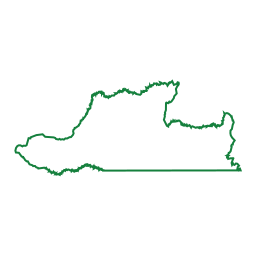 the district of Paná-paná (Campo Alegre), Guainía, Colombia
{"feature_id": "7082276B62655490891692", "entity_name": "Paná-paná (Campo Alegre)", "entity_type": "district", "adm_level": 2, "iso_a3": "COL", "parent_name": "Colombia", "parent_adm1": "Guainía", "projection": "robinson", "projection_center": [-69.293, 2.063], "detail": "fine", "context": "isolated", "style": "outline", "palette": "green", "viewbox_px": 256, "rotation_deg": 0, "n_neighbors": 0, "source": "geoboundaries", "source_scale": "gbopen_adm2", "svg_char_len": 5750}
<svg xmlns="http://www.w3.org/2000/svg" viewBox="0 0 256 256"><path d="M52.5,172.8L53.4,171.6L54.0,172.7L54.7,172.4L55.3,173.6L55.7,173.4L55.4,174.0L56.0,173.8L56.1,174.5L56.8,174.6L57.6,173.9L57.4,173.4L58.2,174.1L59.4,174.1L59.3,174.7L59.8,174.9L60.0,173.5L60.8,173.7L60.5,173.1L61.7,172.6L62.1,171.7L62.6,172.3L62.8,171.7L63.6,172.2L63.0,171.5L64.0,170.2L64.8,170.6L64.7,170.0L66.8,170.1L66.7,169.5L67.6,169.9L68.6,169.5L70.5,170.5L71.6,169.8L71.7,171.2L72.9,170.2L74.2,171.7L75.6,170.9L75.2,170.2L75.8,170.1L76.1,171.1L77.0,171.0L77.7,170.5L77.4,169.9L77.8,169.4L78.2,170.2L78.7,169.0L80.1,168.5L79.7,168.0L80.4,168.1L81.3,167.2L81.3,166.6L81.6,167.3L82.0,166.4L82.6,166.9L83.4,166.4L83.3,166.8L84.0,166.4L83.6,165.9L84.1,165.8L84.2,166.2L84.7,165.7L84.3,165.4L84.8,164.9L85.4,165.2L85.4,164.6L86.1,164.3L87.5,164.2L87.9,165.1L87.5,165.9L88.2,165.9L88.3,165.2L89.1,165.1L89.4,165.9L89.4,165.0L89.8,164.9L90.4,166.5L90.8,165.9L91.2,166.6L92.4,166.4L92.3,166.9L92.8,167.3L93.3,166.6L93.3,167.6L93.7,168.1L94.2,167.8L94.0,168.5L94.7,168.1L95.1,166.7L95.7,167.3L95.0,167.8L96.4,167.3L96.4,168.0L97.2,168.6L98.4,167.7L98.8,169.1L99.1,168.3L99.7,169.0L99.9,168.2L100.1,169.3L100.6,168.7L101.7,168.8L101.8,170.0L103.4,170.2L103.3,170.6L240.6,170.4L239.9,168.5L239.5,168.6L239.1,169.8L238.5,169.7L238.2,170.2L237.3,169.2L237.8,166.8L239.0,165.7L237.4,163.8L235.9,163.5L234.5,164.9L233.5,164.5L233.1,163.7L232.1,165.0L231.6,162.9L233.6,157.6L232.5,158.6L231.1,158.2L228.2,158.9L228.0,157.3L227.5,157.0L227.4,157.7L227.0,157.6L227.1,156.7L228.4,155.7L227.0,155.4L228.3,154.6L228.7,152.9L229.3,152.9L230.6,151.3L231.7,146.7L231.2,146.1L231.5,145.2L232.0,144.5L232.8,144.5L233.1,142.8L234.7,140.4L232.1,137.6L230.8,135.4L230.4,133.2L230.5,130.6L231.9,129.0L232.7,124.9L233.7,122.5L233.4,121.2L232.7,120.7L232.9,120.2L232.5,120.0L231.7,116.6L231.3,116.8L230.8,115.7L228.6,113.7L226.9,113.1L224.8,113.7L224.3,113.2L224.7,115.0L224.0,115.8L224.1,116.7L223.1,117.8L223.4,120.1L222.1,120.9L222.8,121.9L222.1,123.4L222.7,123.3L222.7,124.0L219.6,126.1L219.1,125.3L218.1,125.1L218.1,125.9L217.1,126.3L217.1,125.6L216.2,125.5L216.2,126.3L215.4,125.1L215.2,126.0L214.7,125.4L214.8,124.4L214.0,124.5L213.6,123.8L213.1,124.5L213.1,123.8L212.6,123.7L212.2,124.0L212.3,125.5L211.7,126.2L210.6,126.1L210.5,125.1L209.3,126.1L208.2,125.8L206.7,126.8L206.8,125.9L203.7,126.6L203.2,125.8L202.2,127.3L201.0,127.2L200.9,128.0L199.5,127.1L198.7,127.3L198.8,127.9L197.1,127.2L195.8,127.8L192.4,126.3L191.4,126.8L191.1,127.5L190.1,125.9L189.3,125.7L189.8,125.5L189.5,125.1L187.6,126.1L186.9,124.9L186.5,125.8L184.8,124.5L184.6,125.2L183.9,124.4L184.1,125.1L183.6,125.4L183.1,124.5L182.9,125.3L181.3,124.6L181.2,123.7L181.6,123.6L181.1,122.4L179.4,120.6L178.2,120.5L177.8,121.1L177.0,120.9L177.1,121.2L175.1,121.6L174.3,121.6L174.3,121.1L173.9,121.5L173.2,120.5L172.9,121.4L171.8,122.1L171.2,121.4L170.7,123.0L169.8,123.6L170.2,123.7L169.8,124.5L168.3,125.3L168.2,126.5L166.9,125.8L163.9,119.8L164.9,116.2L164.6,114.9L165.2,113.9L164.9,112.8L165.9,110.1L166.0,103.1L166.4,102.6L168.1,103.2L169.1,101.9L169.4,102.5L170.6,102.1L171.5,101.4L173.8,98.2L174.2,96.3L176.7,93.5L175.9,89.0L177.5,85.8L178.2,85.4L178.0,84.2L178.8,83.9L178.6,82.6L177.6,82.3L176.8,83.8L173.9,84.9L172.2,81.1L170.6,82.7L169.9,82.2L168.9,82.8L169.1,83.4L167.5,85.7L166.6,83.7L165.5,83.6L164.8,82.9L164.1,83.0L163.3,83.9L162.7,83.4L161.4,83.7L161.1,82.7L160.1,82.3L160.7,83.8L160.1,84.7L158.7,85.0L157.8,84.0L156.8,84.7L156.5,83.4L154.8,83.8L154.1,83.4L153.0,85.2L151.7,85.1L151.4,86.5L150.6,86.7L150.0,85.5L149.9,86.7L148.5,86.6L148.2,88.2L146.2,87.5L146.6,88.8L146.3,90.1L146.8,90.7L146.4,91.0L143.6,90.9L143.8,92.0L142.9,92.1L141.4,91.3L141.3,93.7L140.1,94.8L136.1,94.0L135.9,93.3L134.7,92.7L133.5,93.5L133.6,93.0L133.2,93.3L132.7,92.4L131.9,92.7L131.0,92.1L129.9,92.7L129.6,91.8L128.9,92.3L128.8,91.6L128.6,92.4L127.5,91.6L127.9,91.1L127.2,90.9L127.5,90.1L126.3,90.5L125.5,89.2L124.5,90.0L123.9,88.8L123.1,89.2L122.9,91.3L121.6,91.1L121.6,91.9L120.4,91.4L120.0,92.5L119.9,91.6L119.5,92.0L119.3,91.5L119.1,92.0L118.4,91.4L117.3,93.2L115.9,93.2L116.3,93.5L116.1,93.9L114.6,94.6L114.0,95.6L111.8,95.5L110.3,96.8L109.4,96.2L109.2,97.0L108.1,96.7L108.5,97.5L108.3,97.8L107.5,96.8L106.2,97.2L105.9,96.4L105.1,96.8L104.2,96.5L104.4,95.3L103.5,94.1L103.8,93.2L103.3,92.9L103.4,93.3L102.3,93.2L102.0,93.7L102.0,93.3L101.6,93.2L102.0,92.9L101.3,92.7L101.7,92.3L101.1,92.2L101.2,91.6L100.2,91.7L100.1,91.0L99.8,91.8L98.8,91.8L98.3,92.9L97.4,92.8L97.0,93.6L96.7,93.2L96.4,94.1L95.7,94.0L95.6,94.5L95.4,94.0L94.3,94.9L94.3,94.3L93.8,94.8L93.7,94.1L92.1,95.1L91.9,97.2L92.6,99.6L91.6,100.1L91.6,100.9L92.1,101.1L91.4,102.4L91.7,102.4L91.4,104.3L90.4,104.1L90.4,105.0L89.8,105.3L90.5,106.6L90.3,108.3L89.2,109.2L88.7,108.9L88.3,110.0L87.7,109.6L87.9,111.1L87.4,111.6L87.4,112.6L86.8,112.9L86.9,113.9L86.0,114.1L85.9,115.2L84.3,117.6L83.7,118.1L83.3,117.9L83.1,119.3L82.1,119.6L81.6,120.7L80.7,120.6L80.2,123.4L78.9,124.7L78.9,125.5L75.6,127.8L74.7,127.9L74.5,128.9L73.4,129.9L73.1,131.5L73.6,133.3L73.0,134.8L71.0,137.1L69.5,137.2L67.1,138.5L65.4,138.4L63.9,139.6L62.6,139.2L60.7,139.6L59.6,138.9L58.4,139.5L56.0,139.0L55.3,138.0L53.7,137.4L45.2,136.8L42.6,134.3L36.4,135.1L30.7,137.3L30.4,138.4L28.6,138.2L26.6,145.2L25.6,145.8L23.4,145.7L22.4,146.4L20.4,145.3L18.8,145.3L17.3,146.1L16.0,148.0L15.4,150.7L15.9,152.5L18.9,152.8L21.7,156.6L23.1,156.9L23.1,157.6L24.0,158.1L25.0,159.9L26.6,161.3L27.8,161.3L29.5,164.3L32.5,165.3L33.1,166.1L35.0,166.0L36.2,167.3L38.0,167.9L38.3,168.5L44.1,167.7L44.9,167.8L45.5,168.6L46.2,168.7L46.4,168.2L47.3,169.5L48.3,169.7L48.7,170.6L49.3,170.0L49.7,171.1L50.2,171.0L49.6,171.5L50.5,171.5L51.3,172.8L51.5,172.4L51.9,172.9L52.5,172.8Z" fill="none" stroke="#15803d" stroke-width="2"/></svg>